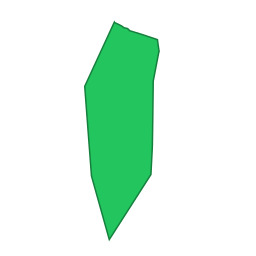 Mount Erole, Praslin, Saint Lucia (Robinson projection), rotated 260°
{"feature_id": "8701671B18019835911399", "entity_name": "Mount Erole", "entity_type": "district", "adm_level": 2, "iso_a3": "LCA", "parent_name": "Saint Lucia", "parent_adm1": "Praslin", "projection": "robinson", "projection_center": [-60.91, 13.86], "detail": "fine", "context": "isolated", "style": "filled", "palette": "green", "viewbox_px": 256, "rotation_deg": 260, "n_neighbors": 0, "source": "geoboundaries", "source_scale": "gbopen_adm2", "svg_char_len": 417}
<svg xmlns="http://www.w3.org/2000/svg" viewBox="0 0 256 256"><g transform="rotate(260 128 128)"><path d="M197.8,171.9L209.9,172.3L217.7,158.0L223.6,146.4L225.2,145.6L226.3,144.3L227.3,141.7L229.7,139.3L232.1,136.1L234.2,133.0L234.6,132.9L176.5,92.6L87.1,83.7L21.4,90.2L78.2,142.5L103.0,148.2L107.2,149.1L131.2,153.7L169.8,161.0L197.6,171.6L197.8,171.9Z" fill="#22c55e" stroke="#15803d" stroke-width="1.5"/></g></svg>